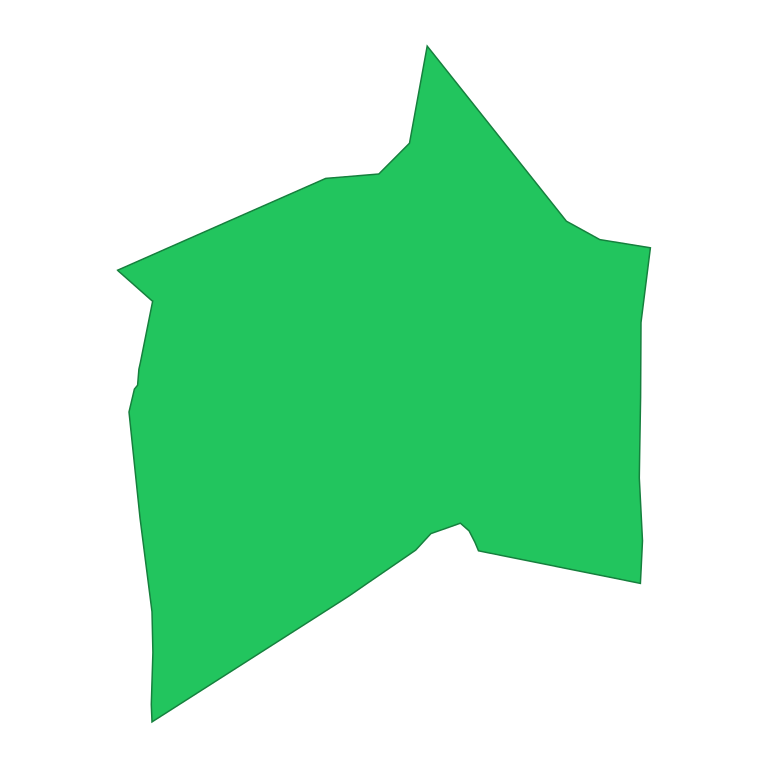 Moughataa d'Enneama, Hodh ech Chargui, Mauritania
{"feature_id": "47542326B75019227159374", "entity_name": "Moughataa d'Enneama", "entity_type": "district", "adm_level": 2, "iso_a3": "MRT", "parent_name": "Mauritania", "parent_adm1": "Hodh ech Chargui", "projection": "robinson", "projection_center": [-7.374, 16.407], "detail": "fine", "context": "isolated", "style": "filled", "palette": "green", "viewbox_px": 768, "rotation_deg": 0, "n_neighbors": 0, "source": "geoboundaries", "source_scale": "gbopen_adm2", "svg_char_len": 611}
<svg xmlns="http://www.w3.org/2000/svg" viewBox="0 0 768 768"><path d="M640.4,583.4L641.2,567.5L642.5,540.8L639.3,477.9L639.7,451.6L640.6,397.3L641.0,322.5L650.4,247.8L599.8,239.6L566.4,221.2L427.2,46.1L409.5,143.2L378.8,174.0L325.7,178.4L227.7,221.6L117.6,270.2L118.2,270.9L151.9,300.7L152.7,301.0L140.4,362.5L138.9,369.2L137.6,385.2L134.4,389.1L129.0,412.0L140.0,517.8L152.0,611.8L152.9,652.5L151.3,704.4L152.0,721.9L345.4,598.3L349.4,595.7L366.6,583.8L415.7,550.1L430.9,533.6L460.4,523.2L469.1,530.9L474.9,542.2L478.5,550.8L488.7,552.9L640.4,583.4Z" fill="#22c55e" stroke="#15803d" stroke-width="1.5"/></svg>